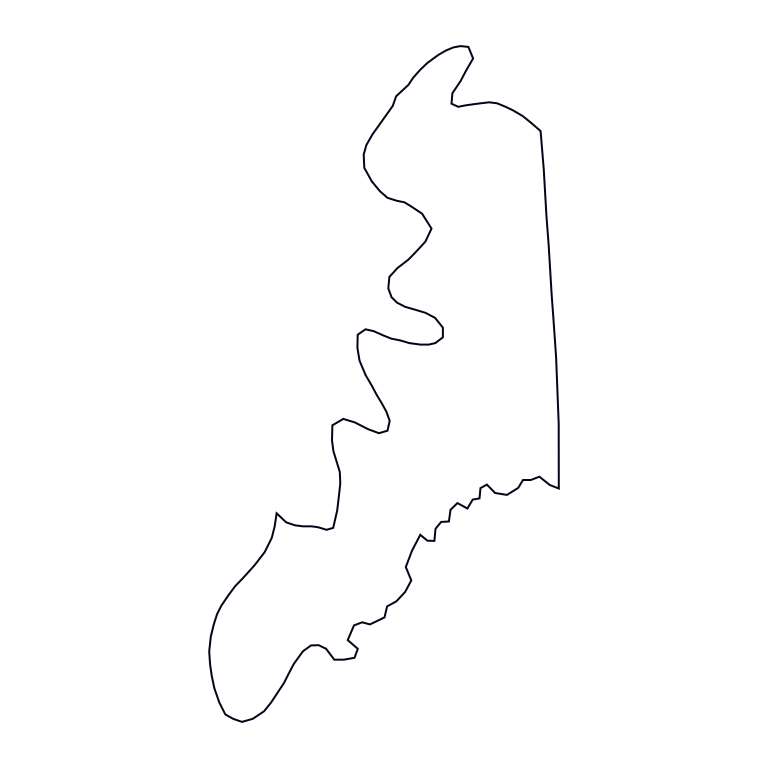 Águas de Chapecó, Santa Catarina, Brazil (Equal Earth projection)
{"feature_id": "56859067B84087976866977", "entity_name": "Águas de Chapecó", "entity_type": "district", "adm_level": 2, "iso_a3": "BRA", "parent_name": "Brazil", "parent_adm1": "Santa Catarina", "projection": "equal_earth", "projection_center": [-52.97, -27.053], "detail": "fine", "context": "isolated", "style": "outline", "palette": "ink", "viewbox_px": 768, "rotation_deg": 0, "n_neighbors": 0, "source": "geoboundaries", "source_scale": "gbopen_adm2", "svg_char_len": 2140}
<svg xmlns="http://www.w3.org/2000/svg" viewBox="0 0 768 768"><path d="M473.1,58.5L468.4,46.9L460.5,46.1L453.4,47.4L446.0,50.5L438.5,54.8L427.3,63.0L420.2,69.8L413.2,77.7L408.4,84.9L396.1,96.3L392.8,105.8L388.0,112.6L382.3,120.6L372.6,134.2L366.4,145.0L363.7,154.5L364.3,167.9L371.9,181.5L380.1,191.4L387.5,197.8L396.5,200.7L404.4,202.3L411.0,206.3L422.1,213.7L431.5,228.6L425.4,241.6L416.3,251.5L408.3,259.7L397.5,268.0L389.4,276.9L388.3,288.4L391.6,297.3L397.1,302.7L405.1,306.8L415.8,309.9L425.4,312.8L435.1,317.9L442.9,327.7L442.9,337.3L435.3,343.1L428.7,344.6L420.6,344.6L409.4,343.1L400.6,340.5L391.2,338.6L383.0,335.3L373.8,331.2L365.5,329.3L357.7,334.7L357.4,347.7L359.5,360.5L365.6,375.1L371.6,385.3L376.7,394.9L381.6,403.0L386.4,411.7L389.7,420.8L387.5,430.7L379.0,433.2L368.1,429.2L354.8,422.4L343.3,418.9L332.4,425.3L332.0,440.2L333.4,451.1L337.2,463.5L339.8,472.0L340.3,483.5L338.7,497.8L337.2,510.4L333.2,527.9L326.5,529.8L318.4,527.3L311.5,526.3L302.7,526.3L294.9,525.3L286.3,522.4L276.6,513.3L274.7,526.3L271.8,537.8L264.7,552.1L255.0,564.7L247.6,573.0L242.4,578.7L235.3,586.0L228.9,594.6L221.5,605.4L217.0,614.3L213.8,624.4L210.8,636.6L209.2,651.6L210.1,664.5L211.8,676.2L214.4,688.4L219.3,702.5L225.3,714.4L233.1,718.8L242.0,721.9L252.8,718.8L264.0,711.3L271.1,702.5L277.1,693.4L284.0,683.0L288.5,674.0L294.0,663.6L303.0,651.2L311.1,645.4L318.7,645.2L326.1,648.8L334.3,659.7L343.6,659.7L354.5,657.8L357.8,648.8L347.7,640.1L354.0,625.4L362.2,622.3L370.0,624.4L384.5,617.4L387.1,606.4L396.4,601.3L405.1,592.0L411.3,580.4L405.8,567.0L412.0,550.7L420.3,534.8L427.4,540.7L434.4,540.9L435.5,528.8L441.2,521.9L448.9,521.5L450.5,509.8L457.4,503.1L467.4,508.5L472.7,499.6L479.5,498.4L480.5,488.1L486.9,484.6L495.1,493.0L507.0,494.9L518.2,487.9L523.0,480.0L530.8,480.0L539.4,476.7L549.8,485.0L558.8,488.5L558.7,423.7L556.1,357.2L553.5,319.8L551.7,295.4L548.7,245.7L546.4,215.3L543.8,169.9L540.6,131.1L532.6,124.1L522.8,116.1L512.9,110.3L505.6,106.8L497.1,103.3L489.2,102.3L480.7,103.3L473.1,104.3L466.0,105.3L458.2,106.8L451.5,103.7L452.4,93.2L460.5,81.2L465.7,71.3L473.1,58.5Z" fill="none" stroke="#020617" stroke-width="2"/></svg>